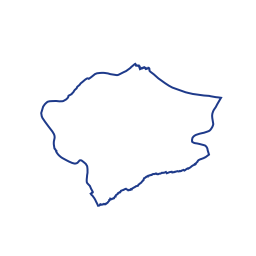 outline of Lamduan, Surin, Thailand, rotated 217°
{"feature_id": "78962969B18818398645173", "entity_name": "Lamduan", "entity_type": "district", "adm_level": 2, "iso_a3": "THA", "parent_name": "Thailand", "parent_adm1": "Surin", "projection": "orthographic", "projection_center": [103.663, 14.716], "detail": "fine", "context": "isolated", "style": "outline", "palette": "blue", "viewbox_px": 256, "rotation_deg": 217, "n_neighbors": 0, "source": "geoboundaries", "source_scale": "gbopen_adm2", "svg_char_len": 5431}
<svg xmlns="http://www.w3.org/2000/svg" viewBox="0 0 256 256"><g transform="rotate(217 128 128)"><path d="M186.3,79.7L184.1,78.8L183.4,78.5L182.2,77.7L181.6,77.1L180.9,76.3L180.4,75.4L179.2,72.8L178.5,71.7L177.6,70.5L176.2,69.1L174.4,67.4L173.9,67.2L173.6,67.2L173.4,67.3L173.1,67.2L172.1,66.6L171.8,66.7L171.3,66.6L171.2,66.0L170.2,65.5L168.3,64.9L166.8,64.6L165.6,64.5L164.1,64.4L162.4,64.5L157.7,65.2L154.8,65.7L151.5,66.5L149.8,67.2L149.0,67.6L148.5,68.1L148.0,68.7L147.7,69.2L147.4,69.8L147.3,70.7L147.2,72.3L147.1,73.0L146.8,73.4L146.1,73.9L145.5,74.1L145.3,74.1L142.9,74.1L141.2,74.0L140.0,73.9L139.1,73.5L138.0,73.1L137.4,72.7L135.6,70.8L133.4,67.9L132.2,65.6L131.6,64.7L130.1,62.2L129.0,60.7L128.1,59.8L127.7,59.6L127.2,59.4L124.9,59.0L123.6,58.8L120.8,57.2L118.1,56.0L117.6,55.7L117.9,54.8L117.6,54.7L117.9,53.7L118.2,53.1L117.1,52.7L116.5,52.6L115.8,52.6L114.8,52.3L112.8,51.7L111.1,51.0L108.6,49.7L107.5,49.2L105.1,47.9L104.7,48.4L104.2,48.9L104.2,49.4L104.3,50.4L104.2,50.5L104.1,50.4L103.8,50.2L103.6,50.2L103.0,50.8L102.7,51.0L102.5,51.6L102.0,51.8L101.6,52.8L101.3,52.8L101.2,52.9L100.7,53.5L100.3,53.3L100.0,53.7L100.0,53.9L99.9,54.1L99.9,54.8L99.6,55.1L99.6,55.5L99.4,55.8L99.4,56.0L99.3,56.4L99.4,56.8L99.3,57.9L99.2,59.0L99.5,59.2L99.3,59.4L99.3,59.8L99.4,60.0L99.4,60.3L99.7,60.9L99.5,61.0L99.3,60.8L98.6,60.8L98.1,61.5L98.0,61.9L97.3,62.8L97.4,63.1L96.9,63.5L97.1,64.0L97.0,64.3L97.0,64.6L97.1,65.2L96.8,65.8L96.7,65.9L96.8,66.0L97.1,66.2L97.1,66.8L97.2,67.1L96.8,68.4L96.5,68.9L96.6,69.4L96.8,69.7L96.8,69.9L96.4,70.6L96.2,71.4L95.8,71.4L95.7,71.5L95.6,72.5L95.7,72.9L95.7,73.3L95.8,73.6L95.6,73.8L95.5,74.1L94.9,75.1L94.4,75.7L94.4,76.0L94.0,76.5L93.7,77.3L93.3,77.9L93.1,78.2L92.7,78.1L92.2,78.2L91.1,78.4L90.9,78.6L90.7,78.6L90.4,78.4L90.2,78.6L89.9,78.7L89.8,79.0L89.2,79.8L89.1,80.4L88.8,80.3L88.6,80.3L88.5,80.8L88.1,81.2L88.2,81.3L88.6,81.3L88.0,82.7L87.7,83.4L87.6,83.8L87.1,84.6L87.0,85.2L86.7,85.6L86.6,86.3L85.3,87.8L85.3,88.0L85.5,88.4L85.4,88.9L85.5,89.3L85.1,90.2L85.0,91.1L84.5,92.4L84.5,92.6L84.6,92.8L84.6,93.3L84.5,94.5L84.3,95.0L84.5,95.7L84.3,96.0L84.6,96.4L84.9,97.6L84.6,97.9L84.5,98.2L84.2,99.0L84.3,99.3L84.2,99.6L83.8,100.1L83.9,100.4L83.5,100.9L83.4,101.2L83.1,101.3L83.3,101.6L83.1,101.9L83.1,102.1L82.5,102.7L82.4,103.0L82.2,103.0L81.6,104.0L80.8,104.7L80.8,104.9L81.0,105.0L80.4,105.9L80.3,106.4L79.3,107.0L79.2,107.3L78.4,108.0L78.3,108.5L78.1,108.5L77.8,108.7L77.6,108.5L77.3,108.5L77.1,108.7L76.7,108.8L76.2,109.1L75.9,109.6L75.8,109.9L75.5,110.3L75.2,110.7L74.8,110.9L74.6,111.3L74.1,112.1L74.0,112.6L73.7,112.7L73.4,113.1L73.0,113.2L72.8,113.6L72.0,114.3L71.3,115.7L69.8,115.2L68.2,117.8L66.8,119.3L66.7,119.4L65.9,119.1L65.2,120.0L64.9,120.1L64.6,120.4L64.5,120.9L64.0,121.2L63.9,121.6L63.5,122.0L62.5,123.3L62.4,123.4L61.8,123.5L61.4,123.8L60.8,124.8L60.5,124.7L60.4,124.7L60.1,125.2L59.7,125.6L59.5,125.9L59.4,126.5L58.7,127.5L58.5,127.8L58.4,128.0L58.0,128.0L57.5,127.9L57.4,127.9L57.0,128.8L56.9,129.3L56.5,130.7L55.9,131.9L55.8,132.0L55.4,131.8L54.5,134.1L54.1,135.9L53.5,137.5L52.4,139.2L52.3,139.5L52.9,139.7L52.5,140.7L52.4,141.8L52.2,143.0L52.4,143.2L52.4,143.4L52.4,144.3L52.3,144.8L51.7,146.0L51.3,146.8L51.1,146.9L49.8,149.0L49.4,149.5L49.1,150.5L48.6,151.1L47.3,155.5L50.9,158.1L52.2,159.3L53.1,159.8L53.8,160.1L54.7,160.3L55.6,160.4L56.2,160.3L57.3,159.9L61.2,158.3L63.4,157.3L65.2,156.3L66.1,155.9L67.2,155.7L68.0,155.6L68.4,155.6L68.8,155.9L69.3,156.5L69.9,157.4L70.6,159.1L70.6,159.4L70.5,160.9L70.2,161.9L70.0,162.5L69.5,163.5L68.8,164.5L67.4,166.5L65.9,168.3L64.5,169.9L62.5,172.8L61.6,174.2L61.2,175.4L61.1,176.1L61.1,177.6L61.3,179.6L61.6,180.8L62.0,181.9L62.3,182.5L66.7,186.7L68.2,188.4L69.3,190.3L70.0,192.4L70.3,193.7L70.4,195.0L70.5,197.6L71.0,200.5L71.9,208.1L74.6,206.6L76.4,205.5L81.1,203.1L82.5,202.5L87.0,199.6L96.7,194.2L101.4,192.1L103.5,191.2L114.3,187.8L116.9,187.0L120.8,186.4L125.5,186.1L129.9,186.0L133.6,185.9L139.7,186.4L142.8,186.4L144.0,186.4L145.1,186.6L145.3,186.7L146.6,188.2L147.0,188.4L147.7,188.5L147.9,188.4L148.1,188.3L148.0,187.6L148.0,187.4L148.6,186.8L148.8,186.3L149.1,186.1L149.3,185.8L149.6,185.9L149.4,186.4L149.5,186.6L150.0,186.7L151.0,186.1L151.2,186.4L151.4,186.4L151.6,185.7L152.0,185.7L152.2,184.8L152.5,184.2L153.0,184.4L153.3,183.9L153.3,183.4L153.5,182.7L153.8,182.2L154.2,182.5L155.2,183.1L155.3,183.2L155.3,183.7L155.6,183.9L155.7,184.2L156.1,184.3L156.3,184.3L156.6,184.0L157.0,184.4L158.0,183.7L158.1,183.4L158.1,183.2L158.7,182.9L159.1,182.6L159.3,182.7L159.5,182.9L159.9,183.4L160.2,183.4L160.8,183.6L161.1,182.9L161.9,179.6L162.2,178.3L162.2,177.6L162.7,175.8L163.0,174.9L163.3,173.9L163.8,172.3L165.1,169.9L167.6,164.8L168.1,164.1L168.6,163.6L169.3,163.2L174.5,160.4L176.9,159.5L179.8,157.9L181.2,157.0L183.4,155.2L185.7,153.0L186.8,151.2L187.8,147.3L188.0,146.5L188.9,143.7L189.4,143.7L189.9,143.5L190.4,143.1L190.7,142.5L191.3,140.9L192.1,137.3L192.5,135.8L192.7,134.9L192.6,133.9L192.7,132.9L192.9,132.2L193.3,130.3L193.2,129.8L192.9,128.7L193.1,127.9L193.4,126.4L193.4,125.4L193.2,123.7L193.5,121.7L193.4,121.0L193.5,120.9L193.8,120.4L194.1,119.6L194.8,118.3L194.9,117.8L194.5,117.0L194.3,116.3L194.3,115.4L194.6,113.6L195.9,110.6L196.7,109.7L199.0,107.9L201.7,106.3L204.8,103.8L206.8,102.1L207.9,100.7L208.1,100.3L208.5,98.5L208.7,97.2L208.7,95.6L208.6,93.9L206.3,87.7L204.0,85.5L202.3,84.5L198.2,83.1L192.8,81.5L188.5,80.3L186.3,79.7Z" fill="none" stroke="#1e3a8a" stroke-width="2"/></g></svg>